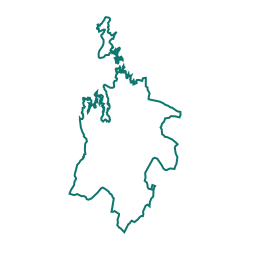 Geita, Geita, United Republic of Tanzania, rotated 15°
{"feature_id": "72390352B97667671873629", "entity_name": "Geita", "entity_type": "district", "adm_level": 2, "iso_a3": "TZA", "parent_name": "United Republic of Tanzania", "parent_adm1": "Geita", "projection": "equal_earth", "projection_center": [32.048, -2.782], "detail": "fine", "context": "isolated", "style": "outline", "palette": "teal", "viewbox_px": 256, "rotation_deg": 15, "n_neighbors": 0, "source": "geoboundaries", "source_scale": "gbopen_adm2", "svg_char_len": 5687}
<svg xmlns="http://www.w3.org/2000/svg" viewBox="0 0 256 256"><g transform="rotate(15 128 128)"><path d="M88.5,206.6L93.2,206.8L96.1,205.0L100.9,205.9L102.7,205.2L104.9,205.5L106.6,207.4L108.3,207.5L111.0,205.5L115.3,198.4L117.7,193.1L119.0,192.1L121.6,192.7L126.0,194.5L127.3,196.0L129.3,196.5L131.5,199.2L132.5,199.6L133.8,213.2L135.7,212.6L136.6,211.7L141.6,213.3L141.9,215.1L141.6,219.0L142.8,222.3L142.7,224.5L145.3,226.5L147.0,226.9L151.4,229.6L153.2,220.9L154.1,220.0L155.5,216.6L158.6,217.2L161.0,214.0L162.7,210.5L164.0,209.4L165.2,209.3L165.2,207.7L164.2,204.6L165.2,198.4L166.8,197.0L169.1,198.1L168.3,194.1L168.7,190.3L170.1,187.6L168.7,181.2L168.7,178.4L169.2,177.1L166.3,176.7L166.3,179.4L166.9,181.3L163.5,181.3L162.1,179.8L161.7,178.1L160.3,175.8L157.8,174.7L157.8,171.4L156.2,166.9L160.1,151.1L161.4,149.9L164.1,150.0L170.1,155.1L172.7,158.0L175.0,158.9L176.1,158.7L179.1,156.2L183.5,155.5L183.6,152.4L184.1,150.4L183.3,143.5L180.7,140.3L178.3,134.9L178.6,133.0L180.2,131.1L179.9,130.6L173.8,127.7L168.3,126.7L165.7,126.9L164.5,125.8L162.6,125.2L160.9,120.6L159.3,119.0L159.8,117.6L159.7,115.3L161.2,112.4L161.4,109.1L165.1,107.5L166.4,105.5L170.5,104.5L175.0,104.4L175.4,101.8L174.4,98.9L171.2,99.1L165.2,96.9L163.7,97.1L160.9,96.1L157.7,95.9L156.5,95.2L152.1,94.3L140.5,94.9L140.0,93.0L139.9,89.0L136.9,85.8L136.4,83.9L134.4,83.1L132.2,74.9L129.5,76.1L129.5,78.9L126.3,78.7L124.1,79.4L123.9,80.2L124.7,82.4L122.0,84.5L121.7,83.7L122.1,82.1L121.8,82.2L121.9,81.9L121.0,80.3L119.9,83.1L119.3,83.4L118.8,83.1L117.9,81.0L117.2,80.6L117.7,80.7L117.4,80.4L117.8,79.1L117.1,78.3L117.5,76.3L116.1,77.6L115.4,76.8L114.6,76.9L114.5,79.9L113.7,80.1L113.2,79.5L112.9,77.9L111.7,75.8L111.3,74.1L110.5,73.5L109.7,73.9L109.5,75.6L108.6,75.7L108.0,72.2L108.8,70.2L107.9,69.9L107.5,69.0L107.1,70.8L107.7,71.3L106.6,74.3L106.7,76.3L105.2,76.2L105.2,73.4L104.7,72.8L104.8,71.6L104.3,71.0L104.0,72.4L103.0,73.0L102.9,73.7L101.3,73.5L100.9,74.4L102.2,76.7L102.6,76.1L103.5,76.7L103.7,78.2L102.8,79.6L102.9,82.4L103.2,82.8L102.9,81.3L103.3,82.5L104.7,83.1L104.6,85.2L103.0,85.9L102.4,87.9L103.8,91.0L103.8,92.2L102.6,93.2L100.1,93.7L94.6,92.2L93.8,92.7L93.7,94.6L94.8,95.5L95.4,96.9L97.6,98.4L98.3,100.6L99.3,101.8L99.5,102.7L101.2,104.5L101.9,106.9L101.9,109.9L102.2,110.1L102.1,109.5L103.4,109.5L104.8,112.1L104.9,114.5L105.3,114.9L104.7,114.6L104.4,115.0L103.4,114.3L103.9,114.7L103.4,114.6L103.4,116.0L104.0,116.8L103.5,118.8L104.3,119.5L104.5,120.6L106.6,121.6L107.7,123.0L108.0,124.3L108.5,124.7L108.4,126.3L108.0,127.0L106.7,126.5L105.8,127.1L105.2,126.1L103.9,125.6L102.2,128.2L100.3,127.2L99.6,125.3L100.7,121.6L99.8,120.0L100.3,118.8L100.2,117.3L99.7,117.6L99.9,116.6L100.4,116.9L99.6,116.3L99.9,114.7L99.2,114.0L98.7,114.4L99.0,113.9L98.4,114.6L97.8,114.0L98.0,112.3L97.6,112.5L98.4,110.9L97.8,110.8L97.0,111.8L96.2,110.3L94.9,111.1L94.4,112.4L93.9,111.4L94.0,108.4L94.4,109.1L94.4,108.5L94.9,108.9L95.7,107.2L95.7,106.8L95.2,106.9L95.0,106.6L95.4,106.8L95.0,105.6L95.7,104.4L95.0,103.5L93.4,103.0L92.9,104.0L92.9,105.0L92.4,105.4L91.9,105.2L91.4,104.1L90.1,105.0L89.2,104.5L88.7,100.8L88.1,101.8L88.3,102.6L87.5,103.0L87.7,103.6L87.2,104.6L89.6,106.2L89.6,108.6L90.2,108.5L90.1,108.8L91.0,108.3L91.4,110.6L90.7,110.2L90.6,109.2L90.2,108.9L90.2,110.5L91.2,110.8L89.9,110.6L89.6,111.7L90.2,111.7L89.5,112.0L90.2,112.0L90.1,112.6L89.6,112.6L90.0,115.3L90.4,114.9L90.7,115.8L90.6,115.3L90.6,115.0L90.8,115.0L90.8,115.8L91.5,116.1L91.3,116.7L90.4,117.0L88.2,114.3L87.1,115.2L85.9,118.2L85.8,121.6L85.2,123.4L84.7,122.3L85.2,118.6L85.3,117.8L84.7,117.0L85.0,115.3L84.1,114.4L84.4,114.1L85.0,114.6L85.3,114.4L85.0,114.4L84.6,114.2L85.5,114.1L85.9,112.3L85.4,110.8L83.6,110.5L83.4,109.8L83.7,109.2L83.3,108.7L82.3,109.2L81.5,109.0L81.2,109.6L81.5,110.5L81.3,110.4L81.2,111.3L79.4,110.7L78.6,112.4L78.7,113.3L78.1,115.2L79.6,117.9L80.7,118.4L80.5,119.8L79.0,120.3L79.7,123.3L79.3,124.9L79.6,125.6L80.1,125.2L81.2,126.8L82.0,129.2L81.6,131.1L79.7,131.6L79.0,131.0L79.4,132.5L82.4,139.8L85.2,144.0L87.2,145.9L87.5,147.6L90.6,149.3L91.8,151.7L91.0,153.1L90.8,154.6L92.0,160.4L93.6,164.3L92.4,165.0L92.9,167.6L92.2,167.7L92.5,169.3L90.5,171.7L89.8,174.5L88.5,176.6L88.6,186.8L88.9,188.1L90.6,189.7L91.0,190.6L90.2,194.0L90.7,197.1L88.9,202.9L88.5,206.6ZM82.7,28.6L82.4,27.3L81.2,26.4L78.0,26.6L77.3,27.4L77.1,29.5L75.4,34.2L74.6,34.7L74.4,36.4L73.5,36.6L72.3,35.7L71.9,36.1L72.9,37.7L72.2,39.1L72.4,40.1L73.1,40.3L74.0,39.6L75.1,42.4L79.3,39.1L80.2,39.1L80.0,41.5L79.0,44.1L78.2,44.9L78.4,46.3L81.6,49.3L82.2,51.4L82.5,53.5L82.3,55.4L80.4,60.7L80.3,63.5L81.4,67.1L82.8,67.7L86.3,65.9L87.4,63.4L90.6,62.4L90.6,60.9L91.7,59.5L92.5,59.2L92.8,57.9L91.1,57.7L91.2,56.0L92.8,54.1L92.5,53.6L91.8,53.8L91.8,53.0L91.4,52.1L88.1,50.2L87.8,48.7L89.4,45.9L90.7,45.7L90.9,41.3L92.2,38.1L89.0,42.5L88.4,42.8L86.9,42.1L86.2,40.7L84.5,41.2L83.7,40.5L83.4,39.4L83.9,37.6L82.6,36.0L83.0,35.2L82.6,34.9L82.8,34.1L81.6,31.7L82.7,28.6ZM99.5,54.5L99.5,53.1L98.7,52.7L98.0,53.6L98.4,54.6L97.7,54.2L97.1,54.7L97.1,55.8L96.6,55.3L95.4,57.6L95.2,56.6L94.3,59.3L95.0,58.9L95.5,59.8L96.9,58.5L97.4,58.9L97.3,60.4L98.2,60.6L98.7,58.7L98.3,57.1L99.5,54.5ZM101.8,63.9L100.4,62.2L99.5,62.8L99.6,64.1L98.5,64.3L97.8,63.2L97.1,63.9L97.8,64.3L98.8,66.3L99.6,66.1L99.3,67.4L99.7,68.1L100.8,67.2L101.0,68.0L101.6,68.2L101.9,67.3L101.2,65.3L101.8,64.2L102.5,64.1L102.3,63.3L101.9,63.4L101.8,63.9ZM105.0,62.7L102.9,60.9L102.2,61.6L102.6,63.3L103.7,63.7L104.2,63.2L105.2,63.8L105.0,62.7ZM77.8,112.5L78.1,112.1L77.8,109.6L77.4,110.7L76.9,110.9L77.3,112.2L77.8,112.5ZM114.6,76.7L114.6,75.9L114.4,75.4L114.2,76.4L114.6,76.7ZM99.2,61.5L99.1,61.0L98.6,61.0L98.7,61.4L99.2,61.5Z" fill="none" stroke="#0f766e" stroke-width="2"/></g></svg>